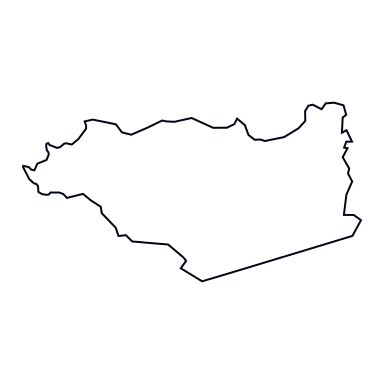 Contra Costa, California, United States of America
{"feature_id": "52423323B95554273469006", "entity_name": "Contra Costa", "entity_type": "district", "adm_level": 2, "iso_a3": "USA", "parent_name": "United States of America", "parent_adm1": "California", "projection": "natural_earth1", "projection_center": [-122.042, 37.91], "detail": "fine", "context": "isolated", "style": "outline", "palette": "ink", "viewbox_px": 384, "rotation_deg": 0, "n_neighbors": 0, "source": "geoboundaries", "source_scale": "gbopen_adm2", "svg_char_len": 1343}
<svg xmlns="http://www.w3.org/2000/svg" viewBox="0 0 384 384"><path d="M352.4,235.9L361.0,220.2L353.8,215.0L343.9,214.9L346.4,194.6L352.2,181.5L348.0,173.5L349.2,168.5L342.7,157.2L347.5,148.2L344.1,147.6L346.3,141.7L352.0,141.6L346.5,130.2L341.9,132.7L342.7,117.5L346.2,114.8L343.5,105.3L334.1,102.7L325.7,103.4L321.6,109.2L312.7,104.7L308.4,105.7L305.1,111.1L305.3,120.9L298.4,128.4L284.1,137.1L264.9,141.0L260.2,139.5L254.7,139.8L248.5,135.0L244.9,125.2L237.1,118.6L234.4,124.1L226.9,127.7L213.2,127.8L191.6,118.0L174.5,121.8L166.2,121.4L162.2,120.5L149.1,126.9L147.6,127.6L131.3,134.7L122.0,132.4L115.9,124.3L92.8,119.6L84.7,121.4L85.0,122.3L86.1,125.5L86.1,128.7L82.2,133.9L78.4,139.0L71.8,144.5L66.3,143.3L64.2,143.6L60.4,146.9L60.1,147.1L57.0,147.9L49.7,145.0L48.1,143.0L46.5,143.8L46.1,145.9L46.9,150.4L48.4,152.3L48.8,154.3L46.6,159.9L37.3,163.7L34.4,170.3L31.2,169.6L29.9,168.2L28.6,167.0L23.2,165.9L23.0,167.0L27.8,176.2L29.2,179.1L33.9,183.3L36.2,183.9L38.0,186.0L38.4,191.9L39.7,192.8L42.4,194.2L46.6,194.8L48.6,194.6L50.5,192.5L59.1,192.5L63.1,193.9L67.0,197.9L83.0,193.9L91.3,200.7L100.8,206.8L101.7,213.1L115.7,227.7L118.5,236.0L125.9,235.2L132.3,241.5L142.3,242.3L145.1,242.6L168.1,244.5L183.4,257.4L186.1,260.9L180.8,268.3L202.1,281.3L234.0,271.8L344.9,238.2L352.4,235.9Z" fill="none" stroke="#020617" stroke-width="2"/></svg>